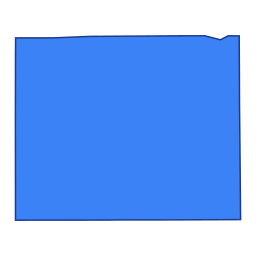 the district of Oktibbeha, Mississippi, United States of America
{"feature_id": "52423323B5327957773533", "entity_name": "Oktibbeha", "entity_type": "district", "adm_level": 2, "iso_a3": "USA", "parent_name": "United States of America", "parent_adm1": "Mississippi", "projection": "natural_earth1", "projection_center": [-88.888, 33.426], "detail": "fine", "context": "isolated", "style": "filled", "palette": "blue", "viewbox_px": 256, "rotation_deg": 0, "n_neighbors": 0, "source": "geoboundaries", "source_scale": "gbopen_adm2", "svg_char_len": 384}
<svg xmlns="http://www.w3.org/2000/svg" viewBox="0 0 256 256"><path d="M15.5,57.0L15.5,57.4L15.4,114.7L15.5,220.2L39.5,220.1L81.2,220.1L115.8,220.0L116.5,219.9L163.3,219.9L240.6,219.6L239.9,142.2L239.5,103.5L239.4,74.8L239.2,35.9L228.2,35.8L220.4,39.8L204.9,35.8L186.1,35.8L89.9,36.4L53.0,37.9L43.8,37.9L15.6,37.9L15.5,57.0Z" fill="#3b82f6" stroke="#1e3a8a" stroke-width="1.5"/></svg>